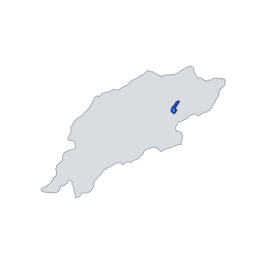 location of Yaruu, Dzavhan, Mongolia, rotated 144°
{"feature_id": "93677404B11621304927066", "entity_name": "Yaruu", "entity_type": "district", "adm_level": 2, "iso_a3": "MNG", "parent_name": "Mongolia", "parent_adm1": "Dzavhan", "projection": "natural_earth1", "projection_center": [96.632, 48.153], "detail": "fine", "context": "in_parent", "style": "filled", "palette": "blue", "viewbox_px": 256, "rotation_deg": 144, "n_neighbors": 0, "source": "geoboundaries", "source_scale": "gbopen_adm2", "svg_char_len": 4792}
<svg xmlns="http://www.w3.org/2000/svg" viewBox="0 0 256 256"><g transform="rotate(144 128 128)"><path d="M21.7,108.1L22.5,108.1L23.7,107.3L23.9,106.3L24.3,105.7L27.2,105.4L28.5,105.7L28.7,105.0L28.9,104.9L29.6,105.5L30.3,105.3L30.8,105.0L31.2,104.2L32.2,104.3L33.9,103.5L33.9,101.9L34.6,101.5L36.1,101.2L36.3,100.5L36.7,100.3L37.8,100.1L39.7,99.3L40.6,99.2L41.3,98.5L43.1,97.6L45.6,97.2L45.9,96.7L48.2,95.3L50.8,95.2L51.5,94.0L51.8,93.9L53.6,95.3L54.3,95.2L54.6,94.6L55.7,94.6L56.1,95.6L56.7,96.0L64.2,96.4L64.4,96.8L64.8,99.2L66.2,100.4L66.5,100.9L68.6,100.7L69.7,101.6L71.5,101.6L72.4,101.8L74.2,101.0L74.6,101.0L75.1,101.4L76.0,101.1L77.6,101.9L78.9,101.8L79.5,102.1L80.2,101.8L82.0,102.1L83.5,103.3L84.5,103.3L85.7,102.4L86.0,101.8L87.7,101.5L88.7,101.0L89.3,100.4L90.3,98.6L90.5,96.6L89.6,96.3L88.8,95.7L88.4,94.7L88.3,93.9L87.5,92.9L87.5,92.3L88.0,91.4L88.2,89.8L88.8,89.0L90.0,88.5L90.1,87.9L90.9,86.8L92.7,86.1L93.7,84.8L94.3,83.5L95.2,84.1L97.7,85.1L99.7,85.5L101.0,86.5L104.6,86.7L110.5,89.0L111.8,88.9L115.3,89.8L115.6,90.1L115.6,91.8L115.9,92.3L116.1,94.2L116.8,95.1L116.6,96.2L116.9,96.5L117.8,96.7L119.2,97.9L122.4,98.7L123.3,99.4L125.5,99.9L126.6,99.6L128.4,99.8L129.1,99.7L130.2,98.8L130.9,98.5L135.0,97.8L136.1,97.2L136.8,97.1L140.1,97.7L142.4,98.5L145.6,98.5L147.1,99.4L147.8,100.4L149.1,101.2L153.6,101.5L153.8,101.7L153.9,103.7L154.1,104.0L157.1,106.1L158.5,106.8L162.6,106.7L169.0,108.0L170.4,107.6L171.8,108.3L172.3,108.3L176.3,106.5L177.0,106.6L181.2,105.9L183.9,105.0L185.9,105.1L187.5,104.3L188.1,102.8L190.6,101.0L195.2,98.8L198.1,99.1L199.9,99.9L201.8,101.5L202.9,102.0L204.8,102.1L207.4,101.0L208.8,101.3L210.2,101.8L211.1,102.6L207.6,110.8L207.6,111.3L206.4,113.0L206.4,115.8L204.8,116.8L205.1,118.4L205.5,119.0L207.5,120.5L208.2,120.3L208.6,119.7L209.6,119.1L211.5,119.3L213.1,119.0L215.2,119.5L217.2,120.8L219.7,118.0L222.2,117.7L224.6,118.0L226.5,119.9L228.7,120.8L229.3,121.9L230.2,122.4L230.5,122.9L233.3,125.1L234.0,126.5L234.8,127.6L234.9,128.6L234.7,129.1L233.7,129.7L230.1,129.4L227.8,128.4L227.1,129.0L224.3,128.8L222.8,129.2L221.7,129.6L221.1,130.3L220.7,130.4L220.2,130.4L219.3,129.8L218.6,129.9L218.4,130.0L218.1,131.8L215.7,131.8L214.9,131.5L213.0,132.4L212.7,133.1L211.7,134.0L210.9,135.8L211.1,136.6L210.9,137.1L209.2,138.0L207.6,139.5L204.2,140.0L202.6,140.1L201.3,139.8L200.1,140.0L199.3,141.6L197.2,143.6L194.0,145.5L188.0,144.4L187.2,144.1L185.9,142.9L182.4,142.8L181.5,143.6L180.7,144.8L179.4,148.8L180.9,151.0L182.6,152.5L183.3,153.5L183.4,154.4L182.3,154.8L180.9,156.2L177.3,157.5L173.4,162.4L166.3,165.3L161.9,165.5L158.4,165.2L148.9,166.6L142.8,169.1L138.3,171.3L137.3,172.4L136.9,172.5L136.0,172.1L133.5,172.0L133.5,170.1L128.1,171.2L123.7,169.0L117.4,167.7L116.2,167.2L114.0,164.8L112.8,164.4L110.1,164.3L102.5,163.2L99.0,164.2L83.6,162.3L78.0,162.9L77.8,162.6L77.4,161.1L74.8,158.7L74.5,158.1L74.3,157.2L72.2,152.3L70.9,151.6L71.0,149.5L69.0,149.7L66.7,148.9L64.4,147.5L63.3,146.4L61.7,146.1L59.7,144.2L58.7,143.8L53.8,143.1L51.4,143.3L48.7,142.8L45.7,142.7L44.8,142.3L43.9,142.3L42.2,141.5L41.0,141.7L39.6,138.9L40.0,137.1L40.6,136.1L42.0,134.5L42.0,133.9L41.5,132.5L42.3,130.0L42.1,128.5L41.3,126.7L40.3,126.3L38.9,123.9L38.5,122.1L37.9,120.8L36.4,120.0L35.9,118.9L35.5,118.9L35.1,119.2L34.3,119.4L33.4,118.7L32.9,117.9L32.3,117.7L31.3,117.7L30.5,118.1L29.5,117.9L28.6,117.1L26.4,116.0L26.4,115.2L26.1,114.7L25.4,114.5L24.7,113.9L22.6,113.2L22.5,112.8L23.2,111.9L21.7,111.2L21.1,110.5L22.0,109.5L21.7,108.8L21.7,108.1Z" fill="#d9dde1" stroke="#a8b0b8" stroke-width="1"/><path d="M82.7,116.8L82.8,116.5L82.8,116.3L82.8,116.2L82.7,116.2L82.8,116.2L82.9,115.9L83.0,115.9L83.0,115.7L82.8,115.1L82.8,114.8L82.9,114.7L82.5,113.9L82.4,113.7L82.4,113.4L82.3,113.2L82.4,112.9L82.2,112.9L81.9,112.9L81.6,112.9L81.1,112.9L80.9,112.8L80.7,112.9L80.6,113.0L80.4,113.0L80.2,113.0L79.9,113.2L79.9,113.3L79.7,113.3L79.7,113.5L79.7,113.8L79.6,114.0L79.4,114.1L79.3,114.3L79.1,114.3L78.8,114.1L78.6,114.0L78.3,113.8L78.2,114.1L78.2,114.6L78.3,115.0L78.4,115.4L78.4,115.5L78.5,115.6L78.5,115.8L78.6,116.2L78.7,116.4L78.2,116.6L77.9,116.6L77.7,116.7L77.4,116.6L77.1,116.7L77.0,116.8L77.0,117.0L76.6,117.3L76.3,117.4L76.1,117.4L75.8,117.5L75.7,117.5L75.4,117.7L75.1,117.8L74.8,117.9L74.3,118.0L74.1,118.1L73.9,118.1L73.2,118.5L72.6,118.7L72.3,119.0L71.9,119.1L71.3,119.4L71.2,119.4L71.1,119.5L71.5,119.6L71.8,119.8L72.0,120.3L74.0,120.4L74.9,120.0L75.1,119.9L75.6,119.5L75.7,119.4L75.8,119.4L75.9,119.2L76.0,119.2L76.8,118.9L77.9,119.2L78.2,119.1L78.4,119.0L78.7,118.9L78.9,118.8L78.9,118.7L78.9,118.4L79.0,118.4L79.3,118.4L79.4,118.5L79.5,118.5L79.8,118.4L80.1,118.3L80.5,118.3L80.5,118.2L81.0,117.9L81.2,117.7L81.3,117.6L81.2,117.6L81.5,117.4L81.8,117.2L82.2,117.0L82.6,116.9L82.7,116.8Z" fill="#3b82f6" stroke="#1e3a8a" stroke-width="1.5"/></g></svg>